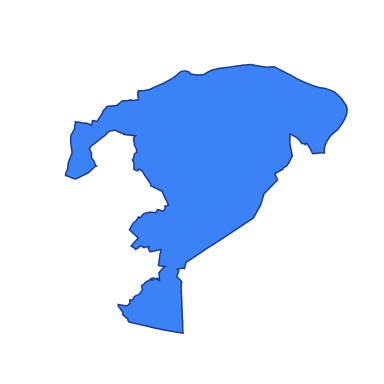 outline of Klintaines pag., Plavinu, Latvia, rotated 194°
{"feature_id": "27541924B20415877652953", "entity_name": "Klintaines pag.", "entity_type": "district", "adm_level": 2, "iso_a3": "LVA", "parent_name": "Latvia", "parent_adm1": "Plavinu", "projection": "mercator", "projection_center": [25.627, 56.641], "detail": "fine", "context": "isolated", "style": "filled", "palette": "blue", "viewbox_px": 384, "rotation_deg": 194, "n_neighbors": 0, "source": "geoboundaries", "source_scale": "gbopen_adm2", "svg_char_len": 5734}
<svg xmlns="http://www.w3.org/2000/svg" viewBox="0 0 384 384"><g transform="rotate(194 192 192)"><path d="M221.3,50.6L220.9,50.7L219.6,50.6L206.3,50.9L194.6,51.0L187.1,51.3L186.8,51.4L184.9,51.4L177.8,51.9L169.3,52.6L166.5,52.8L167.5,55.7L168.5,59.3L168.6,59.7L169.4,62.9L169.7,64.2L169.8,64.2L170.6,66.8L171.6,69.8L172.8,74.2L173.0,74.8L176.3,86.3L178.2,92.3L178.4,93.6L179.8,98.4L180.6,100.9L180.0,101.1L180.4,102.7L185.9,105.9L186.2,106.3L185.7,112.0L186.6,112.9L187.6,113.5L187.4,113.7L187.0,113.8L182.7,115.9L180.8,115.8L180.7,116.9L180.8,118.9L180.6,122.4L172.0,131.8L171.5,132.4L165.5,139.0L163.6,141.2L158.8,146.1L158.7,146.1L156.4,148.7L156.1,148.9L138.8,167.8L126.7,181.0L126.2,181.8L125.0,185.8L123.9,190.1L122.4,195.1L122.4,195.5L122.3,197.0L122.2,197.9L121.7,206.9L121.7,207.2L121.7,207.6L121.6,207.8L115.2,218.8L111.9,224.5L113.2,226.1L115.6,229.2L115.8,230.8L114.8,230.9L111.6,234.0L110.1,235.3L109.4,235.8L109.5,236.0L109.4,236.5L109.3,237.0L108.5,238.5L107.0,239.5L106.5,239.9L106.1,241.0L106.1,241.8L105.2,243.0L105.1,244.1L104.7,245.7L104.0,248.4L103.9,251.0L103.3,251.1L105.1,254.8L108.9,262.9L108.8,263.0L109.3,264.6L109.8,267.4L111.0,272.2L104.2,270.3L102.8,269.7L98.9,267.4L99.1,267.0L97.0,265.5L94.6,266.3L93.8,265.3L93.0,266.4L92.7,267.1L90.2,264.9L88.4,263.2L87.2,262.0L86.0,260.5L84.3,258.4L83.7,258.5L77.2,260.9L72.9,261.9L73.8,264.7L74.2,269.0L73.6,273.1L71.5,279.4L69.3,283.0L65.7,287.9L63.9,292.1L62.1,297.3L61.0,302.6L60.9,307.0L61.6,310.0L63.0,312.9L69.5,318.8L77.3,323.3L82.0,324.2L87.8,324.7L93.7,324.1L99.1,324.4L103.8,324.9L109.7,325.7L117.9,327.4L124.0,329.1L142.8,333.4L149.9,331.1L158.0,330.4L165.9,329.9L173.8,327.2L185.7,322.3L194.9,318.8L201.6,315.5L205.7,312.1L209.2,308.6L214.8,306.9L220.6,306.2L221.6,306.1L223.5,307.6L227.4,308.0L229.6,307.2L231.9,306.2L233.6,304.0L235.1,301.6L238.5,297.5L245.5,291.0L252.8,285.4L258.6,280.8L264.3,278.3L268.6,277.3L268.5,274.0L266.2,268.8L270.7,266.6L272.9,266.6L273.6,266.3L273.8,266.6L274.2,266.3L274.6,266.1L277.2,264.8L279.1,264.3L281.1,263.6L281.8,263.3L282.6,262.5L284.6,259.5L285.2,258.8L285.4,258.2L286.2,257.7L287.2,257.3L295.1,254.5L295.3,254.3L296.6,251.1L297.7,249.5L298.1,248.9L298.2,248.0L297.9,247.4L300.6,239.0L300.8,238.8L301.1,237.4L305.2,237.5L305.7,237.3L305.6,232.2L306.2,232.6L306.9,232.7L306.9,232.8L310.5,233.2L311.3,233.4L311.6,233.4L311.7,233.2L311.8,233.3L313.4,232.4L315.1,232.5L316.3,232.4L316.9,232.5L316.9,232.3L318.3,232.4L319.3,232.2L321.8,232.1L322.1,231.9L321.9,231.1L321.7,227.6L321.2,225.2L321.4,224.1L323.0,218.1L323.1,217.4L323.0,216.4L322.4,213.4L321.6,210.6L318.2,202.0L318.0,201.2L317.9,200.4L318.0,199.3L318.8,192.9L319.1,190.3L319.1,189.7L319.0,189.0L318.5,186.4L318.3,185.3L318.2,184.5L318.2,183.9L318.3,183.4L318.7,181.5L318.9,180.0L318.9,178.6L318.8,177.8L318.7,177.3L318.3,177.4L315.1,177.2L311.8,176.6L308.0,176.4L306.8,177.5L305.8,178.2L304.9,179.0L304.1,179.7L302.0,181.6L300.5,182.7L298.8,184.2L296.9,185.9L294.5,189.7L291.9,193.7L290.9,194.2L292.3,194.8L293.8,197.1L295.1,198.8L297.3,200.2L298.0,201.4L298.1,201.8L298.4,203.1L298.4,203.9L299.1,205.3L300.1,206.8L301.4,208.3L301.9,209.3L301.7,209.6L301.7,209.8L301.5,210.4L301.5,210.8L301.7,211.0L300.9,212.1L297.6,216.3L296.3,217.9L295.6,218.7L295.1,219.8L294.4,220.5L293.7,221.5L292.5,222.9L291.7,223.7L291.0,224.6L289.7,226.5L288.3,229.0L286.5,231.4L283.0,232.6L282.0,233.4L275.4,232.2L273.1,232.0L272.2,231.4L272.0,231.9L270.1,231.5L264.4,232.4L264.2,232.7L262.9,232.2L262.8,232.3L262.5,232.6L260.3,232.9L261.5,230.7L261.7,229.4L261.6,229.0L260.7,227.8L260.7,226.9L260.6,226.7L259.6,225.4L259.5,225.2L259.6,224.5L258.8,222.9L257.4,221.6L256.3,220.1L255.3,216.9L255.4,216.7L257.0,215.2L257.0,213.0L256.9,210.4L256.9,210.2L257.7,208.9L257.5,208.5L256.9,207.8L255.5,206.7L255.4,206.2L255.0,204.6L253.9,200.2L253.8,199.9L251.2,199.3L249.8,199.4L249.7,199.5L249.1,201.5L246.8,200.8L246.6,200.6L245.4,200.4L241.5,196.4L239.3,194.5L237.0,192.6L237.1,192.4L234.7,190.6L233.4,188.0L225.1,186.3L224.0,186.0L221.2,185.4L217.2,180.4L211.6,173.7L212.6,173.3L212.6,173.1L213.0,172.2L214.7,172.0L214.3,168.6L215.5,166.2L219.5,166.8L221.2,166.4L221.3,166.4L221.9,163.6L221.9,163.4L222.0,163.3L222.2,163.2L222.7,163.1L228.3,162.2L229.1,161.6L230.7,161.0L233.7,159.1L235.5,155.5L236.1,154.4L237.9,154.9L239.2,150.6L241.6,147.4L243.6,140.2L233.1,134.4L238.0,124.9L234.0,123.5L232.8,122.7L232.5,123.0L232.2,123.2L231.9,123.5L231.8,123.8L231.6,124.1L230.9,124.4L230.6,124.9L230.7,125.0L230.4,125.4L229.6,126.4L228.9,127.0L228.2,127.2L227.8,127.2L227.0,127.1L225.6,126.4L224.9,126.4L224.5,126.6L223.6,127.5L221.1,128.1L220.9,128.5L220.6,128.7L220.6,126.2L218.1,123.8L212.5,126.6L208.0,128.8L207.9,126.8L208.0,123.7L207.3,117.6L207.1,115.3L206.7,112.5L206.5,112.4L200.2,113.1L201.2,112.3L204.5,105.6L204.3,104.8L204.2,104.8L203.0,101.0L202.0,98.0L202.2,97.9L203.6,98.8L203.9,99.2L204.3,98.9L204.5,98.9L204.6,99.3L204.4,99.7L204.5,99.9L204.9,99.9L205.3,99.7L205.2,99.2L205.2,98.9L205.3,98.8L205.6,99.1L206.2,99.0L206.7,98.6L207.0,98.8L207.3,98.8L207.7,98.9L208.0,99.2L208.2,99.3L208.3,98.9L208.7,99.0L209.2,98.8L209.8,98.8L210.0,98.7L210.2,98.3L209.7,98.0L209.6,97.7L209.1,97.0L209.9,96.6L211.4,97.4L211.6,96.9L212.4,95.4L212.7,95.1L213.9,94.7L214.7,94.0L214.8,93.6L215.4,92.8L215.9,92.0L216.0,91.7L216.6,90.8L217.8,89.4L218.1,88.4L217.9,87.9L217.3,86.8L217.0,86.1L216.4,85.2L216.8,84.0L217.4,82.9L217.6,82.1L218.3,80.8L218.4,80.5L218.6,80.1L218.7,79.6L218.8,79.5L219.8,78.8L220.8,78.3L221.4,77.8L222.8,76.0L223.1,75.3L223.3,72.5L226.1,72.5L225.5,68.8L227.3,65.9L230.8,65.4L235.6,65.0L236.4,65.0L236.4,64.7L236.1,63.6L229.8,58.5L229.7,58.4L229.6,57.3L229.7,56.2L226.1,54.5L223.8,53.5L222.5,51.1L221.3,50.6Z" fill="#3b82f6" stroke="#1e3a8a" stroke-width="1.5"/></g></svg>